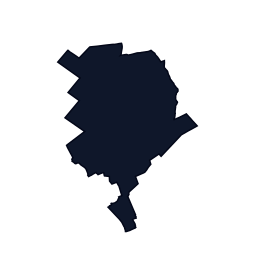 the district of Corod, Galati, Romania, rotated 157°
{"feature_id": "2599482B26209391371274", "entity_name": "Corod", "entity_type": "district", "adm_level": 2, "iso_a3": "ROU", "parent_name": "Romania", "parent_adm1": "Galati", "projection": "equal_earth", "projection_center": [27.618, 45.942], "detail": "fine", "context": "isolated", "style": "filled", "palette": "ink", "viewbox_px": 256, "rotation_deg": 157, "n_neighbors": 0, "source": "geoboundaries", "source_scale": "gbopen_adm2", "svg_char_len": 5316}
<svg xmlns="http://www.w3.org/2000/svg" viewBox="0 0 256 256"><g transform="rotate(157 128 128)"><path d="M191.3,136.1L191.3,133.7L190.8,127.9L190.4,124.0L190.4,123.3L190.3,122.2L190.7,122.0L190.9,121.9L191.1,121.7L191.6,121.4L191.9,121.2L191.9,120.8L191.8,119.8L191.9,119.7L192.2,119.6L192.4,119.5L192.5,119.4L192.4,119.1L192.1,118.7L191.3,117.6L191.2,117.4L191.1,117.1L191.1,116.9L190.7,116.1L190.0,115.5L188.5,115.5L187.8,115.6L187.1,115.0L186.7,114.7L186.5,114.4L186.3,113.9L186.1,113.0L183.4,108.7L183.1,108.2L183.0,107.8L183.0,107.3L182.8,107.0L182.7,106.4L182.5,106.1L182.4,105.6L182.7,105.4L182.7,103.5L182.8,101.9L182.9,101.1L183.1,100.7L183.5,100.4L183.4,99.6L183.2,98.7L182.4,98.8L181.2,98.9L180.1,98.9L177.8,99.3L174.9,99.6L174.9,99.1L174.7,98.7L174.3,98.1L174.0,97.5L173.8,96.8L170.7,96.8L169.2,96.7L168.8,96.7L168.2,96.6L167.8,96.2L168.2,94.5L168.4,93.4L168.4,93.1L167.8,92.8L165.7,91.6L164.1,90.7L165.3,87.5L165.5,86.8L165.7,86.3L165.6,86.0L165.5,85.6L164.7,82.7L159.6,82.5L159.2,78.7L159.0,78.3L160.1,68.2L163.4,68.2L163.3,67.7L165.4,65.8L166.2,65.1L166.6,64.8L166.9,64.7L169.6,64.2L171.6,64.6L172.7,65.1L172.8,65.2L173.1,65.0L173.0,64.8L173.1,64.4L173.2,64.1L173.3,63.9L173.5,63.7L174.2,63.5L174.5,63.5L175.1,63.6L175.3,63.6L175.7,63.4L175.8,63.0L176.4,63.0L177.3,62.9L171.6,47.6L170.5,43.6L170.2,38.8L170.0,38.2L170.3,36.5L170.4,34.9L170.8,33.7L170.2,33.4L166.3,33.0L164.9,33.1L164.7,33.1L161.7,33.2L160.6,33.1L159.9,33.4L160.1,33.6L160.2,34.0L159.4,34.7L159.5,34.9L159.6,35.2L159.7,35.4L159.6,35.7L159.5,35.9L159.2,36.0L159.2,36.4L159.1,36.7L159.0,37.0L159.6,42.0L159.1,42.1L157.3,42.1L155.7,41.9L155.6,42.7L155.5,43.2L155.3,43.3L155.5,44.2L155.6,45.0L155.0,45.2L155.0,64.7L155.2,64.9L155.2,65.0L154.8,65.2L154.2,65.5L153.8,66.0L153.3,66.3L153.1,66.5L153.1,67.0L152.7,67.7L152.4,68.2L151.8,68.8L150.3,69.3L140.5,72.8L140.1,80.5L133.5,80.6L131.3,80.6L130.4,80.7L129.9,80.7L127.4,82.0L124.7,83.9L123.0,84.8L121.6,85.5L121.2,85.7L120.7,89.8L109.6,92.0L108.6,89.0L81.6,100.9L73.3,101.9L69.8,102.2L63.5,102.9L65.4,108.3L65.7,109.0L66.8,112.6L67.3,113.8L68.8,118.2L71.1,118.0L71.6,118.0L73.2,117.9L74.8,117.8L75.3,117.8L76.0,117.7L76.3,117.7L77.9,117.7L79.8,117.7L80.8,117.7L81.4,117.7L82.2,117.7L82.4,117.7L82.5,117.8L81.9,118.6L81.7,118.8L81.4,119.1L81.2,119.3L80.8,119.6L80.2,120.6L79.8,121.3L79.5,121.9L79.4,122.2L79.4,122.4L79.2,122.5L78.9,122.8L78.8,123.0L78.7,123.2L78.7,123.5L78.8,123.7L78.3,124.6L78.2,124.8L78.2,125.0L78.1,125.3L77.9,125.5L77.2,126.6L77.1,126.8L76.9,127.2L76.9,127.3L76.7,127.5L76.5,127.9L76.3,128.1L76.1,128.6L76.1,128.9L76.0,129.1L75.8,129.2L75.7,129.5L75.4,130.0L75.1,130.2L74.9,130.3L74.7,130.4L74.5,130.5L73.8,131.0L73.7,131.1L73.6,131.3L72.9,131.9L72.6,132.1L72.4,132.5L72.4,132.8L72.5,133.1L72.5,133.4L72.7,133.7L72.8,133.9L72.9,134.2L72.8,134.5L72.9,134.9L72.9,135.1L72.9,135.3L72.9,135.5L72.9,135.9L72.8,136.2L72.8,136.3L72.7,136.4L72.6,136.5L72.5,136.9L72.5,137.1L72.4,137.2L72.3,137.4L72.2,137.5L72.0,137.8L72.0,138.0L71.7,138.7L71.6,138.9L71.5,139.1L71.3,139.2L71.2,139.5L71.0,139.8L70.8,140.0L70.5,140.1L70.4,140.2L70.0,140.9L69.8,141.2L69.7,141.3L69.3,141.5L68.9,141.6L68.5,141.9L68.4,142.0L68.2,142.1L68.0,142.3L67.8,142.3L67.7,142.3L67.5,142.5L67.4,142.8L67.3,143.2L67.0,143.9L67.0,144.1L67.0,144.8L67.1,145.1L67.3,145.4L67.6,145.8L67.8,146.2L68.0,146.7L68.0,146.9L67.9,147.4L68.1,148.0L68.3,148.3L68.3,148.5L68.4,148.9L68.5,149.0L68.6,149.4L68.6,149.5L68.6,149.8L68.6,150.1L68.5,150.5L68.5,151.1L68.5,151.4L68.7,151.8L68.9,152.5L69.1,152.9L69.3,153.6L69.2,153.7L69.3,154.1L69.4,154.5L69.6,155.5L69.9,155.6L70.0,156.1L70.1,156.3L70.0,156.5L69.9,156.7L69.9,156.9L69.9,157.1L69.8,157.4L69.8,157.6L69.7,159.2L69.8,160.5L69.9,161.4L69.8,162.2L69.8,162.7L69.6,163.5L69.5,163.9L69.5,164.1L69.5,164.6L69.6,164.9L69.6,165.5L69.8,166.0L70.1,166.7L70.3,167.3L70.4,167.6L70.4,167.8L70.5,168.1L70.7,168.5L70.8,168.7L70.9,169.2L70.8,169.7L70.7,170.2L70.4,171.0L69.6,172.5L69.5,172.9L69.5,173.0L69.4,173.2L69.3,173.3L69.1,173.4L68.2,175.8L68.3,175.8L69.1,175.8L69.7,175.9L71.0,176.0L72.0,176.0L72.0,176.3L72.0,176.5L72.1,176.9L72.3,177.8L72.6,179.3L72.6,179.8L73.0,181.3L73.0,181.6L73.3,182.3L73.3,182.5L73.5,182.9L73.7,183.4L73.9,183.9L74.1,184.6L74.1,184.9L74.2,185.3L74.1,186.1L74.3,186.5L75.2,188.0L76.1,189.7L76.5,190.5L76.9,190.4L79.4,190.5L81.0,190.9L82.9,191.4L84.0,191.7L85.2,192.0L86.2,192.3L86.7,192.4L86.9,192.4L87.1,192.4L87.3,192.4L87.6,192.6L88.0,192.7L89.8,193.4L90.6,193.6L93.7,194.0L95.7,194.3L96.9,194.5L98.3,194.8L99.2,195.0L99.5,195.1L99.7,195.3L99.9,195.6L100.0,195.8L100.5,196.2L101.0,196.4L103.4,197.0L105.0,197.4L105.4,197.5L105.8,197.6L106.5,197.7L106.3,197.8L105.8,198.4L105.5,198.7L105.1,199.3L104.9,199.7L104.4,200.5L104.1,201.0L103.7,201.5L103.6,201.8L103.4,202.1L103.2,202.3L103.1,202.5L102.6,203.2L102.4,203.6L102.1,204.0L102.0,204.4L101.7,204.9L101.5,205.4L101.3,206.1L101.1,206.8L100.9,208.2L100.9,208.5L102.9,209.1L104.1,209.4L104.4,209.4L106.1,209.8L108.3,210.4L108.7,210.7L110.8,211.4L112.3,211.8L115.5,212.8L118.3,213.6L121.2,214.4L125.0,215.5L130.7,217.3L131.6,217.5L145.8,211.4L147.4,214.1L150.2,218.4L151.3,220.0L151.7,220.5L152.3,221.8L152.9,223.0L153.1,223.0L157.9,220.6L163.3,217.9L166.9,216.1L152.6,192.8L169.3,184.1L162.1,172.2L182.0,162.0L169.2,141.7L191.3,136.1Z" fill="#0f172a" stroke="#020617" stroke-width="1.5"/></g></svg>